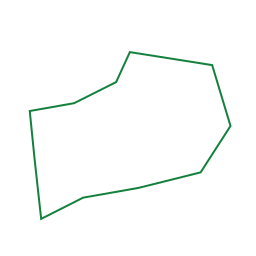 an SVG outline of Mtarfa, rotated 170°
{"feature_id": "MLT-5922", "entity_name": "Mtarfa", "entity_type": "state/province", "adm_level": 1, "iso_a3": "MLT", "parent_name": "Malta", "parent_adm1": "", "projection": "robinson", "projection_center": [14.404, 35.886], "detail": "fine", "context": "isolated", "style": "outline", "palette": "green", "viewbox_px": 256, "rotation_deg": 170, "n_neighbors": 0, "source": "natural_earth", "source_scale": "10m", "svg_char_len": 303}
<svg xmlns="http://www.w3.org/2000/svg" viewBox="0 0 256 256"><g transform="rotate(170 128 128)"><path d="M113.0,202.4L34.2,175.3L26.7,112.2L64.2,71.7L128.0,67.2L184.3,67.2L229.3,53.6L225.5,112.2L221.8,161.8L176.8,161.8L131.7,175.3L113.0,202.4Z" fill="none" stroke="#15803d" stroke-width="2"/></g></svg>